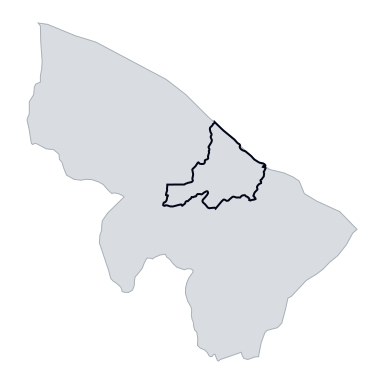 Grand Bassa on a map of Liberia (Albers equal-area conic projection), rotated 180°
{"feature_id": "LBR-785", "entity_name": "Grand Bassa", "entity_type": "County", "adm_level": 1, "iso_a3": "LBR", "parent_name": "Liberia", "parent_adm1": "", "projection": "albers", "projection_center": [-9.727, 6.117], "detail": "fine", "context": "in_parent", "style": "outline", "palette": "ink", "viewbox_px": 384, "rotation_deg": 180, "n_neighbors": 0, "source": "natural_earth", "source_scale": "10m", "svg_char_len": 6260}
<svg xmlns="http://www.w3.org/2000/svg" viewBox="0 0 384 384"><g transform="rotate(180 192 192)"><path d="M27.0,154.6L31.2,151.0L37.5,139.4L46.3,128.3L54.4,121.7L60.9,114.9L67.8,109.7L77.6,103.7L92.6,87.7L96.1,85.8L98.5,74.8L102.3,60.7L106.6,56.3L116.8,53.7L119.2,51.3L122.8,41.3L125.1,29.8L125.3,27.3L129.3,27.0L136.2,24.5L140.2,25.6L141.9,28.9L142.8,31.7L163.6,24.5L165.4,23.0L166.5,23.3L169.1,29.8L170.6,29.4L171.9,27.5L173.3,27.3L174.9,28.2L176.5,31.2L179.2,34.0L183.7,35.9L186.5,38.5L186.2,45.5L187.3,52.2L189.3,53.8L190.3,57.8L190.8,62.3L191.9,64.6L192.7,69.1L192.3,73.9L193.1,77.2L196.4,83.1L198.5,90.4L198.5,95.6L197.3,101.0L195.1,106.1L191.3,111.5L190.9,113.7L193.2,115.1L196.7,115.3L199.6,114.2L207.0,116.7L210.9,120.3L214.3,124.7L217.3,127.0L218.7,129.8L223.9,129.0L230.0,126.3L231.3,125.0L233.1,125.7L237.0,126.0L239.7,121.1L241.9,115.5L246.6,109.5L248.9,107.1L249.5,103.3L249.8,98.3L251.5,93.9L255.3,91.6L259.5,91.6L261.8,92.5L263.0,96.7L266.4,99.8L269.3,102.0L270.8,102.9L273.2,105.4L275.5,113.9L284.6,141.1L284.1,148.7L282.4,153.6L282.3,158.4L281.7,163.2L276.3,171.0L260.0,187.0L261.3,188.3L265.2,190.2L269.1,191.1L272.4,190.6L276.5,194.6L280.9,199.6L285.5,202.1L292.2,204.4L298.0,204.7L303.0,203.8L310.1,204.7L317.5,208.9L320.2,215.7L322.0,221.6L324.6,224.7L325.0,229.8L330.3,234.3L337.9,235.2L347.8,240.5L350.3,240.2L351.3,239.5L352.6,240.5L355.1,255.9L357.0,264.0L356.0,267.3L354.7,269.9L354.7,282.3L350.3,289.4L349.6,297.2L348.3,299.8L343.6,302.0L343.6,308.0L342.3,315.3L341.9,323.0L343.3,343.1L343.6,358.1L345.8,361.0L336.5,359.7L309.2,348.4L288.1,341.9L217.7,304.5L198.2,289.4L175.7,267.0L125.7,221.8L114.3,214.5L99.9,211.0L91.1,207.1L84.8,202.9L79.7,190.4L67.3,182.9L44.2,172.3L27.0,154.6Z" fill="#d9dde1" stroke="#a8b0b8" stroke-width="1"/><path d="M169.3,261.9L160.6,253.5L149.5,244.4L146.7,241.2L146.1,240.7L144.7,239.9L144.2,239.3L143.9,238.4L144.3,237.4L144.2,236.5L143.4,235.2L142.2,234.2L140.7,233.4L139.5,233.1L138.6,232.7L133.0,228.1L129.7,224.5L125.4,221.8L123.9,221.2L120.9,220.6L119.5,219.8L118.6,218.7L118.8,217.6L119.6,218.1L120.2,218.1L120.7,217.8L121.1,217.1L119.5,216.7L118.4,215.8L118.4,215.7L119.2,214.1L119.4,213.7L119.6,213.2L120.2,212.4L120.3,212.0L120.2,211.6L119.9,210.8L119.9,210.3L120.2,207.9L120.3,207.5L120.5,207.2L121.7,205.7L122.1,204.9L122.4,204.6L122.8,204.4L123.2,204.2L123.5,203.7L123.5,203.3L123.4,202.9L123.1,202.6L122.9,202.3L122.9,201.9L122.9,201.6L122.9,201.2L122.9,200.9L123.2,200.7L124.0,200.4L124.9,199.9L126.2,198.6L126.7,197.8L127.0,197.2L127.0,196.7L126.7,195.5L126.6,195.0L126.6,194.6L126.8,194.2L129.3,191.6L129.7,190.7L130.0,190.0L130.3,189.1L130.6,188.4L130.6,188.0L130.4,187.7L129.7,187.4L129.5,187.0L129.4,186.3L129.1,186.1L128.8,186.0L128.6,185.7L128.4,185.1L128.7,184.9L129.4,184.5L132.3,184.0L133.6,183.5L134.5,183.8L134.8,183.9L134.8,184.1L134.8,184.3L134.7,184.6L134.6,184.9L134.7,185.2L134.8,185.5L135.0,185.8L135.6,186.1L135.8,186.3L136.0,186.5L136.2,186.9L136.4,187.1L137.7,187.5L138.0,187.7L138.2,187.9L138.7,188.4L138.9,188.7L139.4,188.8L140.1,188.8L141.2,188.6L141.9,188.4L142.5,187.9L142.9,187.6L143.2,187.2L143.8,186.5L144.1,186.4L145.4,186.6L146.4,186.5L147.6,186.5L149.8,187.2L150.4,187.3L151.0,187.3L151.6,187.0L152.3,186.5L154.5,184.6L155.2,183.8L155.6,183.5L156.1,183.3L156.7,183.2L157.2,183.2L157.6,183.3L159.1,184.2L159.4,184.3L159.7,184.4L160.0,184.4L160.3,184.4L160.6,184.3L162.3,182.7L168.4,175.4L168.8,176.0L169.0,176.1L169.3,176.3L169.9,176.3L173.9,175.9L174.2,175.8L174.6,175.8L175.0,175.9L175.8,176.2L176.3,176.6L176.6,176.9L178.7,179.5L180.6,181.2L181.0,181.6L181.3,182.2L181.5,182.6L181.5,182.9L181.5,183.2L181.4,183.5L181.3,183.8L181.2,184.1L180.2,185.3L179.1,186.4L177.0,189.0L176.3,190.2L176.1,190.5L176.0,190.9L176.0,191.2L176.0,191.5L176.1,191.8L176.2,192.1L176.4,192.4L176.6,192.7L177.3,192.7L178.3,192.4L180.4,191.1L181.9,189.8L182.3,189.6L183.0,189.7L183.9,190.0L184.3,190.0L185.0,189.9L185.3,189.9L186.1,190.0L186.5,189.9L186.7,189.7L187.2,189.2L187.7,188.4L187.8,188.0L188.0,187.7L188.8,187.5L189.2,187.6L189.6,187.5L190.0,187.2L190.4,186.9L190.8,186.8L191.5,186.9L192.0,187.0L192.3,187.0L192.8,186.0L193.3,185.3L194.5,184.5L196.0,183.0L196.4,182.8L197.1,182.9L197.7,182.7L198.2,182.3L198.6,181.8L198.7,181.4L198.8,180.9L199.0,180.5L199.4,180.1L200.6,179.2L201.1,178.8L201.4,178.5L201.7,178.3L202.3,178.6L202.5,179.0L202.6,179.4L203.6,179.5L211.2,177.5L212.5,177.6L213.4,177.5L217.0,178.6L218.0,178.8L218.4,178.6L218.6,178.5L219.3,178.2L219.9,178.3L220.3,178.4L220.7,178.8L220.9,179.0L220.7,179.8L220.5,180.5L220.5,180.8L220.3,181.2L220.2,181.3L220.0,181.5L218.9,181.9L218.7,182.0L217.7,183.2L217.6,183.4L217.3,184.1L216.9,186.4L216.8,186.8L216.1,188.2L216.1,188.4L216.1,188.5L216.4,188.6L216.5,188.7L217.2,188.5L217.3,188.5L217.5,188.6L217.9,188.8L218.0,189.1L218.0,189.4L217.6,191.4L217.0,193.1L216.9,193.6L216.9,194.1L217.0,195.4L217.0,195.7L216.8,197.0L216.7,199.4L199.7,199.5L198.6,200.2L198.0,200.4L196.8,200.8L196.2,201.1L195.8,201.2L192.6,201.9L192.3,202.1L191.9,202.3L191.6,202.6L191.4,202.9L191.2,203.2L191.2,203.5L191.3,204.0L191.5,204.6L191.6,204.9L191.6,205.1L191.6,205.7L191.5,206.2L191.0,208.3L190.9,208.9L190.9,210.1L191.7,214.3L191.6,214.7L191.2,215.2L188.8,217.5L188.3,218.1L186.5,220.9L186.1,221.4L185.7,221.6L185.4,221.5L185.2,221.3L185.0,221.1L184.6,220.5L184.3,220.3L184.0,220.2L183.5,220.1L182.3,220.0L181.4,220.0L180.5,220.2L180.0,220.4L179.7,220.7L179.4,221.1L179.3,221.4L179.2,221.7L179.1,222.1L179.2,222.8L179.2,223.2L179.0,223.7L178.7,224.0L176.6,224.8L176.2,225.1L175.9,225.5L175.8,225.8L175.8,226.1L175.9,226.7L175.9,227.0L176.0,227.3L176.0,227.8L175.9,228.1L175.0,231.2L174.9,231.5L174.9,231.8L175.2,232.6L175.2,232.9L175.1,233.2L174.7,234.0L174.6,234.3L174.6,234.6L174.7,235.1L175.4,236.6L175.5,236.9L175.4,237.2L175.3,237.4L172.7,241.6L172.5,242.2L172.2,243.2L172.2,243.5L172.2,243.8L172.3,244.4L173.0,245.9L173.2,246.5L173.3,247.3L173.2,247.5L172.7,248.7L172.5,249.0L172.5,249.3L172.5,249.6L172.5,250.0L172.6,250.3L172.7,250.6L173.3,251.5L173.6,252.1L174.1,254.6L174.1,255.0L174.1,255.4L173.9,256.2L173.6,256.7L171.8,258.4L171.4,259.0L171.2,259.4L171.0,260.0L170.7,260.2L170.4,260.5L169.9,260.7L169.5,260.9L169.4,261.2L169.3,261.5L169.3,261.9L169.3,261.9Z" fill="none" stroke="#020617" stroke-width="2"/></g></svg>